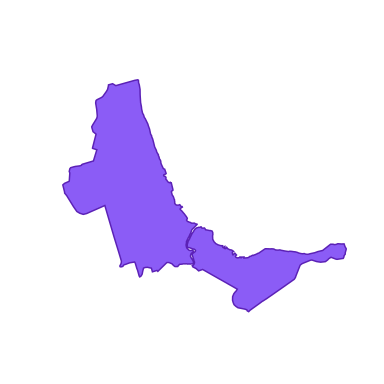 outline of Luganville, Sanma, Vanuatu, rotated 245°
{"feature_id": "77236927B85216783558225", "entity_name": "Luganville", "entity_type": "district", "adm_level": 2, "iso_a3": "VUT", "parent_name": "Vanuatu", "parent_adm1": "Sanma", "projection": "albers", "projection_center": [167.173, -15.521], "detail": "fine", "context": "isolated", "style": "filled", "palette": "violet", "viewbox_px": 384, "rotation_deg": 245, "n_neighbors": 0, "source": "geoboundaries", "source_scale": "gbopen_adm2", "svg_char_len": 5746}
<svg xmlns="http://www.w3.org/2000/svg" viewBox="0 0 384 384"><g transform="rotate(245 192 192)"><path d="M127.9,159.3L127.5,159.7L127.1,161.1L126.5,162.4L126.8,163.0L127.1,163.4L129.1,163.9L131.8,163.6L132.6,163.4L134.3,163.4L135.3,163.9L136.5,165.2L136.8,165.8L136.8,166.4L137.1,167.2L137.6,168.1L138.4,168.2L138.8,168.1L139.5,166.1L140.1,165.1L140.7,164.6L142.6,163.8L143.8,163.6L145.8,164.0L147.0,164.5L148.1,165.4L149.4,166.0L152.3,169.5L152.8,170.4L154.4,172.1L155.1,173.2L157.5,175.5L158.1,176.4L158.9,178.8L160.3,182.5L160.6,183.0L161.0,182.8L161.3,182.1L161.8,181.6L162.4,181.3L162.8,181.0L163.8,178.6L164.4,178.1L165.3,177.5L165.7,176.8L166.5,176.3L166.8,175.8L167.3,175.5L167.9,175.3L168.1,175.2L168.3,175.2L168.9,175.2L169.5,176.1L169.8,176.4L170.3,176.7L171.1,176.5L172.3,176.5L173.1,176.2L174.4,176.0L175.7,175.7L177.3,175.2L178.0,175.1L179.6,174.6L180.7,174.1L181.6,174.0L182.1,174.9L182.4,176.9L182.9,176.9L183.0,176.4L183.3,176.3L183.7,176.0L184.5,175.7L184.7,175.8L184.9,175.8L185.3,175.6L185.7,175.5L185.8,174.5L185.9,173.9L186.5,172.8L186.7,172.4L187.3,172.0L187.9,171.8L188.9,171.5L189.3,171.8L189.9,171.9L190.6,172.3L191.2,172.4L192.5,172.9L193.0,172.8L195.2,173.1L196.3,173.1L196.9,172.9L197.5,172.8L201.0,173.4L201.4,174.0L201.4,174.4L201.6,175.4L202.5,175.8L209.1,177.1L209.3,176.5L210.0,176.4L210.0,175.4L210.7,174.8L211.6,174.4L212.7,174.2L213.4,174.2L214.4,173.7L214.8,173.8L216.0,174.5L216.5,174.6L217.6,174.2L217.8,173.7L218.1,173.5L218.4,173.3L219.0,173.3L219.5,173.6L219.5,174.8L219.4,175.7L219.7,176.4L224.2,176.9L224.5,176.5L225.6,175.9L228.7,175.9L229.2,175.9L231.2,176.0L232.1,176.3L233.2,176.7L234.2,176.8L235.9,176.5L236.9,176.8L238.2,177.0L239.2,176.9L240.0,177.3L242.2,177.0L243.7,177.0L244.8,177.3L248.6,177.2L253.0,178.1L256.9,178.8L258.8,178.8L260.4,179.2L261.7,178.9L266.9,180.1L270.3,180.4L272.2,180.7L278.5,180.6L279.7,180.3L282.4,180.7L284.2,180.5L288.4,181.4L290.7,182.2L294.7,183.2L302.1,186.1L307.0,188.3L311.4,189.5L313.7,189.8L315.9,190.7L316.6,190.3L317.4,187.3L320.6,167.9L323.7,165.8L324.4,161.6L323.4,161.0L320.7,158.9L319.3,156.9L316.3,151.6L316.1,150.9L315.9,149.7L315.8,145.0L315.5,143.8L315.1,143.4L313.4,142.3L307.0,140.5L302.1,138.7L301.9,138.7L300.0,137.7L298.9,136.6L294.8,130.4L293.5,128.7L292.4,128.4L288.5,127.8L285.0,129.5L273.9,120.4L273.6,120.3L270.5,123.6L261.8,115.8L263.5,104.3L263.3,103.5L262.9,103.1L263.1,101.4L264.5,97.0L264.9,94.9L265.3,92.3L264.7,91.1L262.5,89.4L260.9,89.3L254.0,85.5L253.6,85.1L253.7,80.1L253.0,77.9L245.8,76.5L244.8,76.1L241.7,76.9L228.8,78.4L223.0,79.4L220.2,81.3L217.7,84.0L217.0,87.4L216.9,93.1L216.8,97.3L216.6,107.3L183.8,102.3L168.6,100.2L159.2,98.8L157.3,97.7L155.4,95.3L154.6,95.3L154.1,96.1L153.8,97.8L154.7,99.5L154.7,100.5L154.5,101.0L154.3,104.0L154.1,105.8L152.8,110.4L151.4,110.5L146.1,109.7L144.1,109.6L138.2,108.6L137.1,108.8L137.4,110.4L138.7,112.2L140.8,113.7L143.5,115.9L143.4,117.6L142.6,119.8L140.1,123.0L136.4,122.4L135.7,127.1L134.5,127.5L138.7,139.4L137.8,141.3L135.4,143.5L133.5,144.1L131.8,144.9L131.1,146.0L130.8,147.0L130.5,147.5L131.7,150.1L130.8,152.6L130.5,154.0L129.9,155.1L129.2,156.8L128.6,157.5L127.9,159.3ZM67.9,301.0L68.6,301.9L70.1,303.1L70.9,304.6L72.3,305.3L74.7,307.4L75.5,307.8L77.9,307.6L80.7,307.9L81.7,305.5L83.5,302.3L83.6,300.3L84.3,298.5L85.0,297.9L86.1,295.5L83.8,285.7L84.8,280.9L85.1,277.5L86.1,273.2L86.5,270.8L87.6,268.8L88.8,267.7L89.2,266.3L90.1,264.8L91.7,262.8L92.5,262.2L93.9,260.6L94.5,259.6L95.6,257.9L96.2,257.0L96.7,256.1L97.1,255.3L97.2,254.4L98.7,252.1L99.8,250.5L100.2,250.0L101.4,248.3L102.2,247.4L102.6,246.7L102.9,245.5L104.2,243.2L105.2,242.5L105.8,242.0L106.8,240.3L107.3,239.0L109.5,234.7L109.6,234.1L108.7,228.4L108.5,227.5L108.4,226.6L108.6,225.4L108.5,225.1L108.5,224.5L108.5,222.6L108.7,221.6L108.6,220.7L109.1,220.1L108.9,218.2L109.2,217.2L108.9,216.2L108.8,215.0L109.3,213.5L110.2,211.2L111.1,211.7L112.2,209.0L111.7,208.8L111.9,208.4L112.5,208.6L112.8,207.8L112.5,207.7L112.6,206.9L112.9,205.7L113.3,205.1L113.9,204.4L114.6,204.1L115.2,204.1L115.6,204.4L116.1,205.7L118.5,205.0L117.7,202.6L118.2,202.5L118.7,202.5L120.4,203.1L120.6,204.6L121.9,203.9L122.7,203.3L123.3,202.5L123.5,202.0L125.8,200.2L126.9,200.2L127.4,199.9L127.3,199.5L126.6,199.0L126.5,198.5L126.8,197.9L127.2,197.6L127.6,197.6L128.8,198.7L128.9,198.2L128.1,197.1L128.6,196.6L129.2,196.5L129.8,196.6L130.4,197.0L131.0,195.8L131.6,194.9L133.2,193.2L133.4,193.0L133.8,192.8L134.4,192.3L135.2,191.7L135.8,191.5L136.4,191.4L137.0,191.1L137.8,190.9L138.7,190.9L139.6,190.9L140.1,190.7L143.5,192.1L144.9,193.1L145.6,193.3L146.5,193.7L148.1,193.7L149.2,192.5L149.6,191.7L152.1,188.3L153.5,188.3L154.3,187.9L154.4,187.1L154.7,186.4L155.2,185.7L155.7,185.6L156.0,185.7L156.5,185.6L156.7,185.3L156.6,184.2L157.2,183.2L157.2,182.5L157.5,181.3L157.4,180.3L157.1,179.1L156.4,177.8L155.3,176.3L154.4,174.6L152.2,171.9L151.4,170.9L151.1,170.5L150.7,170.2L149.0,167.7L147.6,166.6L146.7,165.7L144.8,164.7L144.3,164.6L143.2,165.2L142.3,166.5L140.6,168.1L140.0,168.8L139.3,169.8L138.7,170.1L137.8,170.5L137.2,170.4L136.8,169.9L136.5,169.2L136.0,166.6L135.6,166.0L134.8,165.6L131.4,165.2L128.8,164.7L127.5,164.7L126.7,164.3L125.8,163.5L125.0,162.0L125.1,161.1L124.2,161.1L123.8,161.1L120.8,163.4L117.7,164.7L117.3,168.9L84.8,192.0L83.3,189.6L83.2,189.0L82.1,186.9L80.0,184.6L76.8,183.0L74.4,182.6L72.1,182.5L69.9,183.4L67.7,184.7L66.6,186.2L63.6,190.3L62.1,191.9L61.0,191.8L59.6,192.8L60.3,194.6L62.6,206.7L63.3,209.9L63.2,210.1L63.9,215.1L66.7,231.2L69.7,247.8L70.8,249.6L71.8,250.5L76.0,254.9L80.0,259.1L80.5,261.2L80.5,262.5L80.1,270.6L79.7,271.9L76.3,275.5L75.1,277.3L74.0,279.0L72.5,283.5L73.1,286.3L73.7,287.6L74.1,290.4L70.4,294.0L69.7,295.0L67.9,301.0Z" fill="#8b5cf6" stroke="#5b21b6" stroke-width="1.5"/></g></svg>